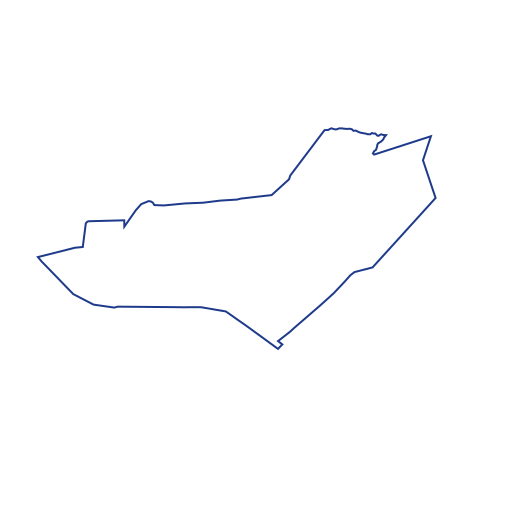 San Miguel el Grande, Oaxaca, Mexico, rotated 70°
{"feature_id": "50627088B76422915094353", "entity_name": "San Miguel el Grande", "entity_type": "district", "adm_level": 2, "iso_a3": "MEX", "parent_name": "Mexico", "parent_adm1": "Oaxaca", "projection": "orthographic", "projection_center": [-97.629, 17.075], "detail": "fine", "context": "isolated", "style": "outline", "palette": "blue", "viewbox_px": 512, "rotation_deg": 70, "n_neighbors": 0, "source": "geoboundaries", "source_scale": "gbopen_adm2", "svg_char_len": 1493}
<svg xmlns="http://www.w3.org/2000/svg" viewBox="0 0 512 512"><g transform="rotate(70 256 256)"><path d="M176.8,325.7L173.4,334.1L170.6,334.7L168.9,336.0L167.7,338.1L168.0,346.1L171.9,353.3L183.4,369.7L177.4,367.6L166.2,401.1L166.0,402.6L167.0,404.7L188.3,415.7L186.3,423.3L183.4,451.9L182.4,461.3L187.9,459.3L195.4,455.9L211.5,448.7L222.3,443.9L229.4,440.7L246.1,425.3L247.2,423.3L256.0,406.8L256.3,403.3L271.4,362.9L272.4,360.2L278.7,343.4L278.9,343.1L281.4,335.9L285.2,325.4L297.8,303.3L311.7,293.6L316.5,290.2L319.7,288.0L350.8,267.1L349.7,264.8L348.1,261.5L343.5,264.4L338.8,249.9L336.6,244.6L324.3,212.3L317.6,195.8L310.6,181.8L306.3,173.8L304.8,168.9L306.6,150.4L274.5,89.4L262.9,67.4L251.0,67.1L225.2,66.4L223.2,66.4L203.3,50.7L201.1,110.1L201.1,110.3L199.6,111.0L198.0,109.3L197.2,106.8L196.0,105.9L194.6,104.8L192.9,103.9L191.9,102.8L191.3,99.6L190.4,97.4L189.7,96.2L188.5,95.2L187.7,93.8L186.9,92.5L185.9,94.9L184.5,96.7L184.5,97.9L185.0,99.6L184.4,100.8L181.7,102.0L181.0,103.9L180.1,104.9L180.7,107.0L179.6,109.8L178.7,110.7L178.1,111.8L177.0,113.7L176.0,115.4L174.4,117.4L173.4,118.2L172.2,119.5L171.7,121.6L169.8,122.5L168.7,124.0L168.2,125.3L167.7,127.1L166.3,130.1L165.4,131.7L164.5,134.4L164.6,136.4L164.1,138.4L161.8,141.5L161.9,142.6L162.2,145.1L161.2,148.6L180.9,179.0L192.1,196.3L195.2,198.7L204.1,220.5L196.9,250.5L196.5,254.5L193.4,264.9L191.6,271.1L187.8,287.6L182.4,304.5L177.0,325.2L176.9,325.3L176.8,325.7Z" fill="none" stroke="#1e3a8a" stroke-width="2"/></g></svg>